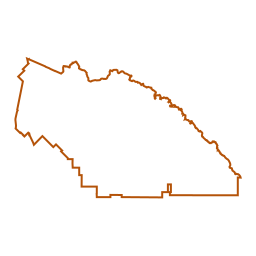 Kalamunda, Western Australia, Australia
{"feature_id": "25037944B74850979375149", "entity_name": "Kalamunda", "entity_type": "district", "adm_level": 2, "iso_a3": "AUS", "parent_name": "Australia", "parent_adm1": "Western Australia", "projection": "albers", "projection_center": [116.154, -32.004], "detail": "fine", "context": "isolated", "style": "outline", "palette": "amber", "viewbox_px": 256, "rotation_deg": 0, "n_neighbors": 0, "source": "geoboundaries", "source_scale": "gbopen_adm2", "svg_char_len": 5733}
<svg xmlns="http://www.w3.org/2000/svg" viewBox="0 0 256 256"><path d="M237.8,195.3L237.8,177.5L240.6,177.6L240.3,176.5L239.2,175.0L238.2,174.2L237.6,174.1L237.3,174.2L236.5,173.8L235.7,174.2L235.3,174.1L235.1,173.8L234.9,172.8L234.7,172.4L234.1,171.8L232.4,170.5L232.4,170.1L231.9,169.0L231.9,168.4L230.9,168.0L230.1,167.9L229.7,167.6L229.5,166.8L230.2,165.6L230.3,164.2L229.9,162.9L228.9,160.8L227.9,159.5L226.5,158.7L226.2,158.3L225.4,157.7L224.2,155.9L223.3,155.8L222.7,155.1L222.4,155.1L222.3,154.9L221.7,154.8L221.4,154.3L220.7,153.9L220.7,153.5L220.4,153.5L220.1,153.1L219.7,151.9L219.2,151.5L219.2,151.1L218.4,150.4L218.4,150.1L218.2,150.0L218.1,149.8L217.9,149.7L217.7,149.9L217.7,149.2L217.3,148.7L216.9,148.3L216.9,148.2L217.2,148.0L217.1,147.6L217.3,147.5L217.0,146.6L217.4,145.5L217.1,145.3L217.0,144.8L216.8,144.6L216.8,144.2L216.1,143.6L215.9,143.0L215.7,143.0L215.6,142.4L215.4,142.4L215.1,142.0L214.5,142.0L214.1,141.5L213.6,141.7L213.1,141.3L212.9,141.3L212.7,141.4L212.6,142.1L212.3,142.1L212.1,142.5L211.6,142.6L211.1,143.0L210.7,143.1L210.0,142.8L209.8,142.9L209.9,143.1L209.6,143.1L209.3,142.9L208.9,142.2L208.3,142.0L207.5,141.3L207.5,140.9L206.9,140.7L206.7,140.1L206.4,140.0L205.9,140.1L205.6,139.9L204.8,138.9L203.6,138.0L203.2,137.2L202.6,136.6L202.3,136.7L202.1,136.5L201.9,135.3L202.3,133.6L202.3,133.2L202.2,132.8L201.7,132.2L200.7,131.5L200.4,131.0L200.1,131.1L199.9,131.4L199.4,131.5L198.9,131.0L198.6,131.0L198.1,129.9L196.6,128.1L196.2,127.9L195.9,128.0L195.8,127.7L195.4,127.5L195.3,127.1L195.1,126.9L195.2,126.4L194.3,124.9L193.8,124.4L193.1,123.2L192.4,122.9L191.3,123.2L190.7,123.2L190.0,124.2L190.1,123.7L190.6,122.9L191.1,122.8L191.6,122.2L191.7,121.6L191.9,121.4L191.8,121.2L191.6,121.1L190.1,121.4L189.9,121.6L189.3,121.5L188.7,120.8L188.6,120.4L188.3,120.1L187.2,120.0L186.7,120.0L186.6,120.3L186.4,120.5L186.5,120.3L186.4,120.0L186.1,119.4L185.7,119.0L185.4,119.1L185.4,118.9L185.0,119.1L185.2,118.6L185.2,118.3L185.3,118.3L185.1,117.6L185.5,116.1L185.4,115.3L183.9,114.7L183.2,115.1L183.3,114.5L183.2,113.7L182.7,113.2L182.3,113.3L182.4,112.9L182.2,112.6L181.7,112.6L182.1,112.5L182.2,111.9L181.5,110.7L181.0,110.4L181.3,109.8L181.7,109.6L181.6,109.3L181.5,109.1L181.2,108.8L180.3,108.9L179.8,109.2L179.6,109.5L179.0,109.6L178.6,108.6L178.6,108.0L178.0,107.2L177.2,107.2L175.4,106.8L174.8,106.8L175.3,106.0L175.3,105.7L175.2,105.5L174.4,105.1L173.9,105.0L172.7,105.8L172.1,105.8L172.0,106.0L172.2,106.7L171.4,106.7L171.3,106.4L170.9,106.2L169.5,106.7L170.1,106.1L170.1,105.7L170.9,105.6L171.5,105.8L171.3,105.3L171.7,104.9L171.8,104.7L171.0,103.0L170.1,102.0L169.4,101.7L169.1,101.9L169.1,101.6L168.7,101.6L169.1,101.1L169.2,100.7L169.9,101.0L170.1,100.9L170.2,100.4L170.0,100.1L169.4,100.1L168.2,99.0L167.9,98.5L167.0,97.8L166.2,97.8L165.9,98.4L164.1,97.4L163.7,97.4L163.3,98.0L162.8,98.1L162.3,98.0L160.8,98.7L160.8,99.1L160.1,98.9L160.2,97.6L160.6,97.4L160.7,97.0L160.4,96.6L160.2,95.7L159.6,94.9L158.5,95.4L158.1,95.2L156.7,95.4L156.3,95.4L155.9,95.6L155.5,96.1L155.3,97.7L155.2,98.0L155.0,97.7L154.9,97.9L154.9,98.1L155.2,98.3L154.9,98.5L154.7,98.1L154.7,97.7L154.8,97.6L154.6,97.0L153.9,96.9L154.2,96.9L154.4,96.7L154.3,95.8L154.5,95.3L154.6,94.4L155.2,94.2L155.5,93.7L155.9,92.4L155.5,91.7L155.0,91.6L154.3,90.8L153.3,90.2L153.3,90.3L152.7,90.1L151.7,88.9L151.3,88.6L151.3,87.7L149.5,87.4L148.3,86.9L147.8,87.0L147.4,87.3L146.6,87.5L146.3,87.3L146.1,86.9L145.1,86.6L143.6,85.8L143.2,85.0L143.4,84.4L143.2,83.9L142.9,84.0L142.4,83.9L142.2,84.1L142.2,84.4L141.3,85.0L139.9,83.1L138.7,82.5L137.9,82.7L137.7,82.3L137.4,81.9L135.7,81.9L135.1,81.6L134.4,81.0L133.4,80.5L133.0,80.5L132.3,81.1L132.0,81.1L131.4,81.0L130.6,80.4L129.9,80.3L129.6,80.1L129.3,79.4L129.7,79.0L129.9,78.6L129.9,77.9L130.1,77.3L131.4,76.4L131.5,75.9L131.1,75.5L130.3,75.7L129.9,75.7L128.7,74.9L126.5,73.7L125.0,73.4L124.3,72.9L123.4,71.8L122.6,71.3L121.7,71.3L121.7,71.6L120.6,71.9L119.3,73.0L118.6,73.2L118.1,72.9L117.8,72.4L117.4,70.3L116.5,69.8L113.7,69.9L112.7,70.4L112.5,71.0L112.3,71.2L110.3,70.3L109.6,71.8L109.8,72.8L109.7,74.4L109.2,75.0L108.4,75.5L107.9,76.0L107.4,77.2L107.4,77.4L106.8,78.4L106.5,78.7L105.2,79.0L104.6,78.8L103.9,79.0L102.8,78.6L101.3,78.7L101.0,78.9L100.2,79.9L99.5,80.2L96.7,80.4L95.2,80.1L92.9,80.6L92.4,80.8L92.1,80.8L90.9,81.5L90.5,81.5L89.2,81.0L88.4,80.4L88.3,80.0L88.4,79.0L88.3,78.0L87.7,77.2L87.3,76.5L87.1,75.3L86.6,74.3L86.5,73.5L86.7,72.8L86.5,72.6L86.0,72.1L85.0,70.9L84.1,70.3L82.3,70.1L82.1,69.9L81.6,69.8L80.8,69.3L80.3,69.3L79.6,68.6L79.0,68.4L79.0,67.7L79.2,67.1L79.2,66.4L78.8,65.9L77.9,64.2L77.1,63.3L76.6,62.2L76.1,61.9L75.9,61.6L75.4,61.7L74.7,62.4L73.6,62.5L73.2,62.7L72.8,62.7L72.9,63.2L72.1,63.4L71.5,64.4L70.9,64.4L70.8,64.6L70.3,64.8L69.8,65.8L69.8,66.5L69.7,67.4L69.4,67.5L68.7,67.1L68.3,67.1L67.9,66.7L65.3,66.2L65.3,66.5L63.6,66.1L63.1,67.5L63.2,69.7L63.4,71.0L63.3,71.6L62.9,72.1L61.1,73.6L55.0,70.9L54.9,71.0L50.3,68.9L49.5,68.4L49.4,68.3L46.2,67.0L45.5,66.7L45.3,66.4L29.2,59.4L29.1,59.2L28.9,59.4L27.1,58.6L27.8,61.5L27.9,62.8L28.6,63.5L22.8,69.2L24.3,70.7L18.2,76.6L22.9,81.3L17.2,109.7L17.7,110.3L17.2,111.2L16.9,112.1L15.5,118.5L15.4,120.0L16.0,125.4L15.9,127.3L15.6,128.5L20.2,133.0L20.7,132.5L23.3,135.0L23.1,135.2L24.4,136.5L28.2,132.7L29.0,133.5L29.1,134.4L29.4,134.1L29.8,135.7L33.1,142.6L33.9,144.8L42.4,136.1L53.3,147.1L56.0,144.4L61.4,149.8L61.4,150.0L62.1,150.5L61.1,151.4L67.8,158.1L67.8,159.1L72.6,159.1L72.5,163.3L72.7,167.7L79.2,167.7L79.2,175.1L81.7,175.1L81.6,186.6L96.8,186.6L96.8,193.6L96.6,193.9L96.7,194.1L96.8,197.1L110.4,197.1L110.4,194.9L121.7,195.0L121.7,197.1L162.2,197.4L162.2,192.1L167.9,192.1L167.9,184.4L170.9,184.4L170.9,192.1L169.9,192.1L169.9,195.2L237.8,195.3Z" fill="none" stroke="#b45309" stroke-width="2"/></svg>